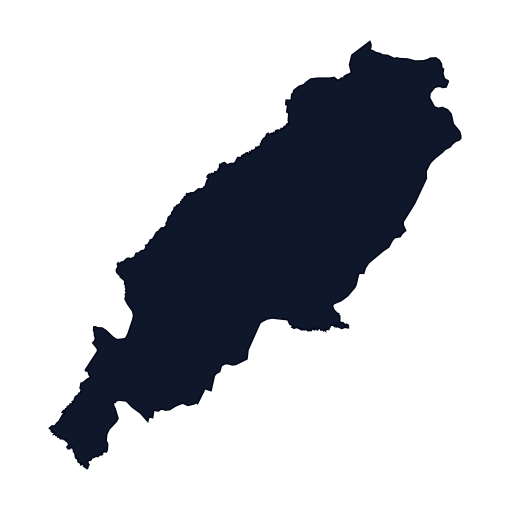 Plaeng Yao, Chachoengsao, Thailand, rotated 92°
{"feature_id": "78962969B34139607112253", "entity_name": "Plaeng Yao", "entity_type": "district", "adm_level": 2, "iso_a3": "THA", "parent_name": "Thailand", "parent_adm1": "Chachoengsao", "projection": "orthographic", "projection_center": [101.361, 13.55], "detail": "fine", "context": "isolated", "style": "filled", "palette": "ink", "viewbox_px": 512, "rotation_deg": 92, "n_neighbors": 0, "source": "geoboundaries", "source_scale": "gbopen_adm2", "svg_char_len": 6070}
<svg xmlns="http://www.w3.org/2000/svg" viewBox="0 0 512 512"><g transform="rotate(92 256 256)"><path d="M89.3,224.1L92.4,224.6L92.9,225.9L99.2,226.3L99.1,231.2L101.3,231.5L103.6,231.5L104.0,229.7L111.0,230.3L112.1,228.2L119.5,228.5L122.4,227.3L122.3,228.1L123.1,228.1L122.6,229.0L123.2,229.9L124.8,230.4L125.7,232.4L126.8,232.9L127.1,232.1L127.5,232.4L127.7,235.4L129.6,235.6L129.3,237.7L129.8,240.4L130.7,241.0L131.7,239.6L132.6,240.7L132.1,242.6L133.5,242.4L134.0,243.2L132.8,244.1L133.3,246.0L134.4,247.1L134.1,248.2L133.0,248.3L134.0,249.7L135.2,249.5L136.0,250.6L137.1,250.5L138.3,252.5L141.2,254.4L142.8,254.0L143.2,255.2L143.9,254.6L144.9,255.5L146.2,254.7L146.5,257.5L148.3,258.7L147.4,259.2L147.4,259.9L148.6,259.9L150.5,261.9L150.6,264.0L153.3,264.8L152.3,265.8L153.5,265.9L154.2,266.9L153.8,267.9L153.0,267.9L153.7,269.9L155.0,270.6L154.8,271.4L156.5,273.9L158.4,274.1L158.1,277.6L161.2,279.3L162.1,279.1L164.5,281.6L164.3,284.3L165.0,286.2L166.3,287.3L163.6,290.9L164.7,293.3L165.9,294.2L165.7,295.5L167.1,295.5L166.8,294.9L167.4,294.6L170.9,296.9L172.2,296.1L172.7,298.0L173.5,298.4L173.2,300.1L175.3,300.7L175.0,303.0L176.0,303.8L175.6,305.1L177.2,307.1L179.0,307.6L179.1,306.4L180.1,306.1L182.0,307.6L188.4,309.3L188.7,310.3L190.1,311.1L191.0,313.6L190.8,315.7L194.9,320.3L195.2,323.9L196.5,324.0L196.1,324.6L196.7,325.2L195.9,326.0L196.4,326.8L196.1,327.4L197.2,327.9L198.8,327.6L199.4,328.7L199.1,329.4L200.3,330.1L201.4,329.8L202.1,331.7L204.0,332.0L204.2,333.0L206.1,332.9L208.3,337.1L209.9,337.8L210.3,339.3L213.0,339.8L215.9,341.9L217.3,341.5L220.4,345.0L224.8,345.9L226.4,347.1L228.8,346.5L229.9,348.1L231.0,348.4L231.2,351.6L233.6,353.7L234.5,353.8L235.8,356.3L242.5,359.7L243.9,362.5L245.0,362.4L247.0,363.9L247.8,363.2L249.2,366.7L250.1,366.2L253.5,367.2L254.5,368.7L254.6,370.6L257.2,373.6L257.4,375.9L261.8,377.6L261.8,378.8L263.3,380.8L262.6,382.8L262.8,384.6L265.2,387.3L266.2,387.3L266.9,390.6L268.5,391.8L268.3,392.8L267.5,393.2L268.4,394.2L269.7,394.2L270.9,393.3L275.0,395.2L277.5,394.4L279.6,392.2L280.0,390.9L281.5,391.1L285.4,386.2L288.6,386.4L289.5,385.4L292.1,385.3L294.0,384.4L295.2,385.2L297.2,384.0L298.6,385.3L300.8,384.8L303.6,385.4L308.7,382.5L315.4,377.4L319.7,376.3L323.7,376.9L337.5,381.0L341.6,382.7L343.2,384.1L344.4,391.1L344.0,393.1L342.0,396.2L335.8,403.2L333.3,407.3L333.3,411.7L332.3,414.2L332.6,415.7L336.4,415.7L337.2,415.0L340.9,414.7L343.6,413.6L346.4,414.3L348.5,416.2L353.9,411.5L356.4,410.9L375.9,422.6L376.7,422.3L376.9,419.9L380.6,418.7L382.9,416.9L384.8,420.2L389.0,425.0L389.1,426.4L394.3,427.2L395.2,426.1L396.4,426.1L399.1,426.8L399.2,428.0L402.3,429.6L401.9,430.2L402.7,431.5L405.5,432.6L407.0,432.4L407.9,434.6L410.2,434.0L410.4,436.6L411.8,437.0L413.0,439.2L415.3,440.0L415.3,440.9L417.5,441.4L416.8,442.3L418.0,443.8L418.9,444.2L418.5,442.8L420.1,441.9L420.0,442.7L420.7,442.5L421.1,443.5L428.5,447.4L429.4,448.8L433.0,451.3L432.9,454.0L435.3,456.5L436.9,454.6L438.4,454.3L438.3,453.5L438.6,453.0L439.2,453.3L439.5,451.7L440.4,451.3L441.3,451.9L440.9,450.5L442.3,449.8L442.8,447.9L442.3,447.3L443.9,447.6L443.6,446.6L445.5,445.2L445.5,442.0L446.4,441.2L446.5,439.2L447.8,439.3L448.2,437.8L451.2,436.5L453.5,438.3L455.2,437.2L455.2,435.7L454.0,433.9L454.1,432.1L455.7,432.1L456.2,431.3L457.6,431.7L459.6,430.1L463.5,429.4L464.7,428.6L464.2,427.3L468.1,426.6L469.1,424.2L470.3,424.0L469.4,423.3L470.6,423.1L470.2,421.2L471.0,420.6L472.0,420.9L474.4,417.5L474.2,416.9L471.6,416.4L470.6,415.6L468.1,417.0L465.8,416.2L466.1,414.8L465.2,413.5L463.5,413.1L462.8,410.4L461.5,409.4L462.1,406.9L460.0,405.4L460.3,403.6L459.5,402.7L459.1,403.7L458.0,403.3L457.9,402.4L457.2,402.3L457.3,401.3L456.5,400.8L457.2,398.7L454.8,397.8L448.7,397.7L446.2,399.3L439.5,399.0L434.3,396.8L426.3,389.8L423.2,388.2L413.1,391.6L410.4,393.2L407.1,393.2L407.2,391.4L405.9,391.1L404.8,387.9L405.4,380.6L411.4,374.3L417.1,365.9L425.1,358.4L420.4,357.3L421.2,353.6L413.8,352.9L414.3,348.1L412.5,345.9L412.4,343.6L413.2,341.3L412.6,337.0L408.5,330.8L405.6,324.2L407.7,318.9L406.1,313.0L404.7,310.7L405.7,309.3L392.5,303.3L390.2,303.0L392.2,296.2L377.1,293.4L374.7,291.6L372.9,288.3L366.8,286.7L364.7,282.9L364.7,279.7L365.7,275.9L365.1,272.4L359.2,261.4L350.1,260.7L322.7,249.6L321.4,247.9L318.6,242.8L317.4,237.9L318.6,222.0L323.1,219.8L323.4,218.1L325.4,216.9L325.9,217.5L326.4,215.8L326.9,215.8L326.0,212.5L328.2,207.8L328.1,206.8L327.4,206.5L328.1,205.1L327.5,203.8L329.0,201.1L327.5,199.2L328.6,199.2L328.8,198.5L326.5,196.8L326.5,195.9L327.5,195.6L327.7,194.7L326.3,194.2L327.8,191.9L325.8,190.6L326.8,188.6L327.7,188.7L327.6,186.2L328.3,185.7L327.5,185.1L328.2,184.3L327.3,184.6L327.3,183.6L326.4,183.2L327.0,182.7L326.9,180.8L322.5,178.8L322.6,175.7L323.6,175.3L324.1,173.2L324.0,172.6L323.5,173.3L323.2,172.9L325.5,167.7L324.2,165.1L324.6,161.1L321.9,161.3L321.0,163.3L321.9,164.4L319.5,166.8L319.8,168.4L318.0,170.4L316.4,170.0L312.8,170.3L312.6,171.5L310.8,171.3L309.9,173.9L308.6,174.5L308.1,175.7L304.3,177.5L302.4,177.7L300.8,176.3L297.8,169.5L292.6,163.0L284.0,156.2L281.6,155.1L270.2,152.8L269.6,151.5L269.6,147.7L264.1,146.3L258.9,143.1L246.2,128.9L242.5,123.7L236.0,120.5L232.9,118.2L231.6,112.5L228.3,110.6L225.4,107.3L220.0,109.9L216.7,110.1L198.2,99.4L172.5,88.4L165.4,89.0L158.9,86.1L156.4,84.7L151.8,80.4L145.8,73.3L143.0,70.9L140.1,65.7L137.2,63.7L134.4,60.5L133.0,56.9L131.4,55.5L128.8,55.5L124.6,56.8L117.2,63.4L107.3,65.9L103.2,69.6L101.0,74.9L102.0,78.9L100.7,82.9L91.8,88.1L87.1,87.7L81.3,83.3L80.2,80.1L80.2,77.2L81.1,75.8L80.5,71.9L75.0,69.9L74.1,70.2L72.7,73.2L71.7,74.1L67.1,75.6L62.7,75.1L61.4,76.9L57.5,77.4L54.0,79.6L51.7,83.3L52.2,88.7L53.8,91.3L55.1,95.5L55.6,103.5L53.8,111.5L53.7,119.6L53.0,122.0L53.8,124.7L50.9,131.4L50.6,137.3L49.5,138.3L48.4,143.5L46.6,146.8L46.1,149.5L43.6,148.5L40.7,148.4L37.6,149.7L51.9,167.2L61.6,169.2L69.3,167.1L71.0,169.5L71.5,171.4L73.1,171.2L72.4,172.7L73.4,174.2L75.3,174.5L75.1,176.9L77.1,178.8L77.3,180.9L74.8,184.1L75.7,188.6L76.1,200.3L77.2,207.5L81.2,212.6L82.9,213.7L85.0,219.1L89.3,224.1Z" fill="#0f172a" stroke="#020617" stroke-width="1.5"/></g></svg>